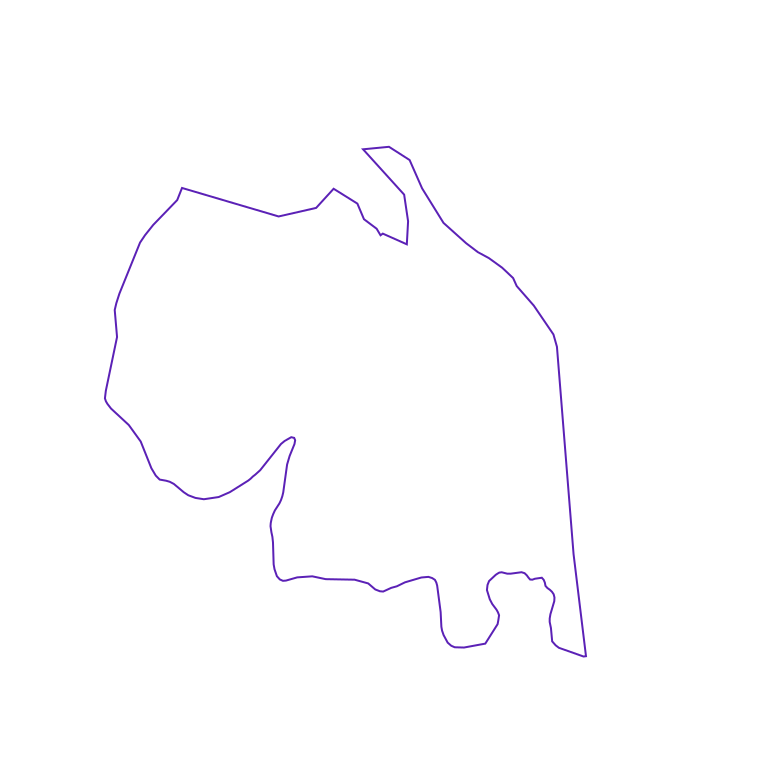 outline of Pattani, rotated 19°
{"feature_id": "THA-494", "entity_name": "Pattani", "entity_type": "Province", "adm_level": 1, "iso_a3": "THA", "parent_name": "Thailand", "parent_adm1": "", "projection": "equal_earth", "projection_center": [101.403, 6.749], "detail": "fine", "context": "isolated", "style": "outline", "palette": "violet", "viewbox_px": 768, "rotation_deg": 19, "n_neighbors": 0, "source": "natural_earth", "source_scale": "10m", "svg_char_len": 2025}
<svg xmlns="http://www.w3.org/2000/svg" viewBox="0 0 768 768"><g transform="rotate(19 384 384)"><path d="M129.2,264.4L229.8,259.9L262.5,239.6L272.8,215.8L300.1,222.1L311.4,234.7L326.5,239.6L332.3,244.5L333.9,242.2L360.1,244.5L353.8,222.3L341.4,198.4L287.8,168.9L311.5,158.1L335.3,163.9L356.3,186.6L387.8,212.3L415.7,224.1L429.9,228.8L442.1,230.8L457.9,235.6L471.6,241.8L477.6,248.2L500.1,261.1L528.1,282.0L535.4,292.5L618.6,483.1L663.6,575.6L661.4,576.7L635.3,576.5L631.4,575.2L626.8,572.6L621.3,560.4L618.1,555.0L617.0,551.7L616.3,547.5L615.7,533.9L614.7,530.4L612.9,527.6L610.5,525.8L607.9,524.6L604.9,523.7L602.4,522.3L600.8,519.5L598.8,517.2L596.3,515.8L590.1,519.0L588.0,520.7L585.8,521.3L583.7,520.1L581.3,518.4L578.5,517.1L575.3,517.2L565.3,522.2L562.4,523.2L556.6,523.7L554.4,524.8L553.1,526.3L551.8,528.0L547.5,536.1L547.3,540.3L548.4,545.3L554.1,553.1L558.0,556.8L563.9,560.8L566.1,562.8L568.1,565.2L569.0,570.1L569.6,574.1L564.3,596.5L545.5,607.1L536.6,609.9L532.8,609.6L528.4,607.8L522.1,602.0L519.2,598.3L517.3,594.9L511.8,581.2L499.9,557.3L498.1,554.7L495.9,552.6L492.7,551.8L488.8,551.9L482.3,554.8L468.4,564.7L462.0,571.1L457.2,574.4L450.8,580.5L447.6,581.3L442.6,581.1L434.0,577.7L419.9,578.6L392.4,587.5L378.8,589.2L364.9,595.1L355.3,601.8L352.5,603.0L349.1,602.7L345.3,600.6L340.8,594.8L338.4,590.5L330.6,569.9L328.2,564.8L325.9,561.0L323.0,555.4L322.2,552.4L321.9,550.3L321.5,546.9L321.6,543.0L322.0,539.0L324.0,530.9L324.4,527.3L324.4,523.2L324.0,519.2L318.6,491.7L318.2,482.8L318.9,469.9L318.3,466.1L316.6,464.2L313.6,464.5L308.6,470.2L306.1,474.3L295.0,505.8L291.8,511.6L290.1,514.2L288.7,517.0L287.1,519.5L273.4,536.5L264.5,544.7L251.2,551.6L242.8,553.1L235.1,552.9L229.8,551.5L217.8,546.9L213.3,546.2L209.4,546.4L203.0,547.4L198.0,544.9L191.5,539.4L172.7,517.6L156.1,505.9L133.9,496.1L128.9,492.8L126.7,490.9L124.8,488.4L123.2,481.0L116.3,426.5L105.3,401.7L104.6,394.7L104.4,384.6L107.3,329.7L109.6,321.1L114.0,308.7L128.6,277.4L129.2,264.4Z" fill="none" stroke="#5b21b6" stroke-width="2"/></g></svg>